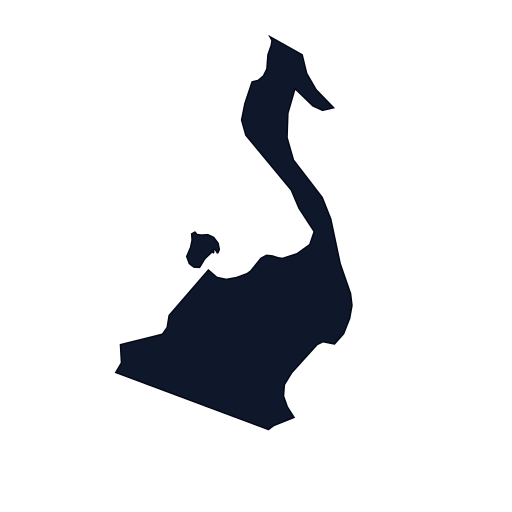 an SVG outline of Central Abaco, rotated 42°
{"feature_id": "BHS-5015", "entity_name": "Central Abaco", "entity_type": "District", "adm_level": 1, "iso_a3": "BHS", "parent_name": "The Bahamas", "parent_adm1": "", "projection": "orthographic", "projection_center": [-77.217, 26.497], "detail": "fine", "context": "isolated", "style": "filled", "palette": "ink", "viewbox_px": 512, "rotation_deg": 42, "n_neighbors": 0, "source": "natural_earth", "source_scale": "10m", "svg_char_len": 1195}
<svg xmlns="http://www.w3.org/2000/svg" viewBox="0 0 512 512"><g transform="rotate(42 256 256)"><path d="M229.7,436.4L227.5,425.4L214.6,412.6L238.8,376.7L237.8,368.5L231.2,358.3L230.0,298.3L241.2,298.1L249.5,293.3L255.9,285.1L261.2,275.0L262.1,270.7L261.2,254.4L263.3,248.5L268.1,245.0L273.5,242.6L277.3,240.1L285.0,226.8L288.3,211.5L282.9,198.9L255.9,191.7L238.1,183.4L167.6,173.0L154.3,164.6L145.7,150.1L136.6,129.2L140.1,124.1L141.0,117.1L138.9,109.7L130.2,98.4L126.4,89.3L123.7,85.1L119.7,83.7L155.7,75.6L171.5,86.4L189.4,92.2L214.5,93.9L208.0,103.2L197.8,106.4L173.0,105.5L184.1,128.5L199.8,147.2L219.6,159.6L266.1,168.2L287.0,178.6L323.6,205.3L351.5,220.7L360.4,228.5L367.3,239.6L373.1,255.1L373.2,268.9L363.1,274.9L360.7,280.9L360.6,318.8L363.2,332.7L370.2,341.7L380.3,347.2L392.3,350.5L382.6,370.2L381.4,376.6L229.7,436.4ZM219.3,271.9L224.3,275.6L225.5,278.8L225.1,279.6L223.7,279.0L220.9,278.6L220.2,279.9L222.0,281.3L222.2,282.0L220.6,282.3L219.8,292.3L221.7,302.2L217.5,305.7L214.5,306.1L211.4,306.2L204.8,302.7L201.6,293.3L197.9,287.0L193.4,282.6L194.6,279.1L197.9,279.5L201.5,276.9L205.9,272.4L212.0,270.5L219.3,271.9Z" fill="#0f172a" stroke="#020617" stroke-width="1.5"/></g></svg>